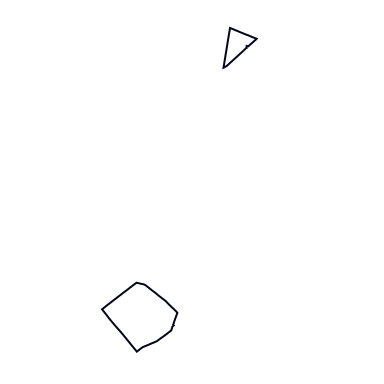 outline of Jaltenco, México, Mexico, rotated 214°
{"feature_id": "50627088B10595565108776", "entity_name": "Jaltenco", "entity_type": "district", "adm_level": 2, "iso_a3": "MEX", "parent_name": "Mexico", "parent_adm1": "México", "projection": "mercator", "projection_center": [-99.083, 19.711], "detail": "fine", "context": "isolated", "style": "outline", "palette": "ink", "viewbox_px": 384, "rotation_deg": 214, "n_neighbors": 0, "source": "geoboundaries", "source_scale": "gbopen_adm2", "svg_char_len": 2210}
<svg xmlns="http://www.w3.org/2000/svg" viewBox="0 0 384 384"><g transform="rotate(214 192 192)"><path d="M149.0,29.0L148.5,28.8L148.2,29.7L147.9,30.4L147.2,32.7L146.2,35.6L144.9,37.7L143.9,39.1L141.1,43.4L141.1,43.5L139.4,46.0L137.8,48.5L137.7,48.6L137.0,50.7L136.2,52.9L136.1,53.2L135.8,54.0L134.9,56.4L134.2,58.4L133.1,61.6L133.1,61.8L132.5,63.4L131.8,65.6L132.7,68.7L133.0,69.6L132.5,71.1L133.4,71.4L133.7,72.6L134.5,75.4L135.2,78.2L135.9,81.0L136.6,83.7L139.0,84.3L142.4,84.9L145.6,85.4L148.8,86.0L150.2,86.3L153.0,86.9L154.5,87.0L157.1,87.1L157.9,87.2L160.8,87.4L161.6,87.4L164.3,87.7L165.1,87.8L166.1,87.9L170.1,88.1L174.7,88.5L176.0,88.5L177.2,88.7L177.4,88.7L179.0,88.7L180.5,88.4L181.8,87.9L183.6,87.1L185.0,86.6L187.3,85.7L188.4,82.6L188.8,81.5L189.1,80.4L189.6,78.9L190.1,77.6L190.2,77.0L190.5,76.2L190.7,75.6L191.3,73.8L192.7,69.8L193.2,68.2L193.7,66.7L194.3,64.9L194.6,64.1L195.0,62.9L195.2,62.1L195.5,61.2L196.1,59.6L196.4,58.7L197.5,55.2L198.7,51.7L199.4,49.5L199.4,49.4L200.0,47.7L200.2,47.0L200.8,44.9L201.0,44.5L196.7,43.1L193.3,42.0L190.8,41.1L189.1,40.6L187.6,40.1L187.4,40.1L185.1,39.4L182.5,38.7L181.2,38.3L179.6,37.9L175.9,36.9L172.3,36.0L172.2,35.9L169.6,35.2L166.9,34.4L163.3,33.3L159.7,32.2L157.1,31.4L154.4,30.6L153.1,30.2L149.0,29.0ZM252.2,349.2L250.8,346.3L250.7,345.9L242.9,329.0L235.4,312.7L234.7,314.0L233.9,315.4L233.6,316.5L233.2,317.8L232.9,319.1L232.9,319.3L232.7,320.1L232.2,322.0L232.1,322.3L231.9,323.2L231.9,323.3L231.6,324.5L231.5,325.0L231.3,325.8L231.0,327.1L230.9,327.3L230.6,328.5L230.2,330.2L229.8,331.8L229.7,332.3L229.5,333.2L229.1,334.7L228.9,335.5L228.8,336.0L228.4,337.8L228.2,338.7L228.1,339.1L227.8,340.8L227.7,341.3L227.5,341.7L227.3,341.9L228.4,343.7L228.2,343.8L226.9,344.1L226.6,344.9L226.5,345.3L226.5,345.5L226.0,347.6L225.9,347.9L225.6,348.9L225.1,351.0L225.0,351.5L224.4,353.7L224.2,354.5L224.1,355.2L225.8,354.8L227.6,354.4L229.4,354.0L231.1,353.7L233.0,353.3L233.4,353.2L233.6,353.3L234.1,353.1L234.3,353.0L234.4,352.9L235.4,352.7L235.8,352.6L236.4,352.5L240.3,351.7L241.2,351.5L242.2,351.3L242.3,351.3L243.4,351.1L244.3,350.9L244.5,350.8L245.6,350.6L249.1,349.9L250.6,349.6L252.2,349.2Z" fill="none" stroke="#020617" stroke-width="2"/></g></svg>